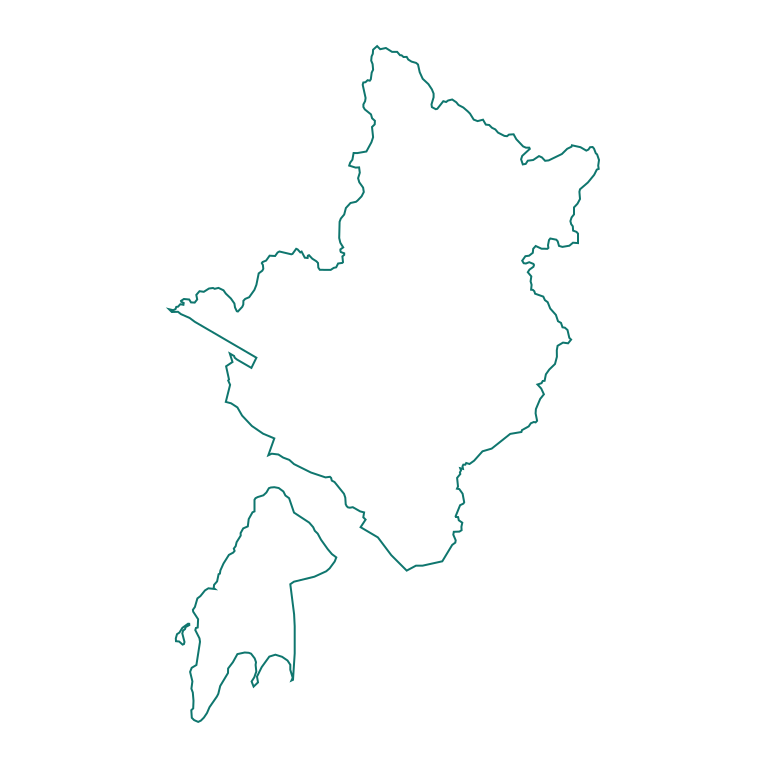 the district of Erakor, Shefa, Vanuatu
{"feature_id": "77236927B27814537301823", "entity_name": "Erakor", "entity_type": "district", "adm_level": 2, "iso_a3": "VUT", "parent_name": "Vanuatu", "parent_adm1": "Shefa", "projection": "robinson", "projection_center": [168.36, -17.71], "detail": "fine", "context": "isolated", "style": "outline", "palette": "teal", "viewbox_px": 768, "rotation_deg": 0, "n_neighbors": 0, "source": "geoboundaries", "source_scale": "gbopen_adm2", "svg_char_len": 6083}
<svg xmlns="http://www.w3.org/2000/svg" viewBox="0 0 768 768"><path d="M169.0,309.2L171.8,312.0L178.0,311.8L180.9,314.1L189.7,318.0L194.8,321.8L256.4,357.7L251.4,367.9L236.9,359.5L234.7,357.7L234.1,356.0L229.8,353.5L232.5,362.0L226.1,366.3L229.0,379.5L228.2,380.5L230.1,384.8L225.8,401.9L231.1,403.3L237.4,407.4L242.1,415.6L251.9,426.0L263.1,433.7L274.3,438.4L268.3,455.3L271.7,453.7L278.4,454.5L283.2,457.6L289.3,459.9L294.0,464.1L310.9,472.5L325.5,477.4L329.9,476.8L331.1,477.9L331.8,480.6L334.5,482.0L344.0,493.8L345.3,497.7L345.7,504.2L346.7,506.2L348.0,507.4L349.9,507.7L352.8,507.2L360.2,511.4L364.1,512.4L363.3,517.3L365.6,519.6L360.6,527.2L377.9,537.4L391.3,555.2L406.7,570.6L415.9,565.7L422.4,565.7L442.3,561.3L452.2,544.9L455.3,542.6L455.7,540.3L453.3,534.7L453.8,531.8L459.4,531.6L461.6,530.2L461.4,526.8L462.3,522.7L458.8,520.3L458.1,517.1L455.9,517.0L455.6,516.3L460.1,505.2L463.4,503.6L464.2,502.3L462.6,493.7L459.3,489.1L457.0,488.7L458.0,486.5L457.1,477.9L460.3,474.0L459.9,472.4L461.0,470.4L460.2,468.2L463.0,468.9L462.5,466.3L463.3,464.7L465.3,464.7L466.2,463.0L469.5,464.0L474.1,460.7L482.5,451.3L491.7,448.6L510.2,433.9L521.4,432.0L522.0,430.1L528.7,426.4L530.8,423.3L533.8,422.0L535.6,422.4L537.1,420.8L535.6,413.4L535.9,409.1L540.2,398.9L543.9,394.3L541.2,388.5L537.5,384.5L541.5,383.2L542.7,381.0L544.6,380.8L545.9,374.3L549.3,369.5L555.0,364.0L556.9,356.8L556.8,350.2L557.6,345.8L563.0,342.6L568.1,343.3L571.1,339.6L569.3,337.8L567.5,330.0L564.9,327.7L562.5,327.3L561.0,322.9L558.0,321.2L555.9,314.9L550.2,308.5L547.7,302.2L544.9,300.1L543.3,296.6L535.1,293.7L534.3,291.2L532.9,289.9L531.1,289.7L531.6,284.8L530.6,281.4L531.3,276.4L527.8,272.2L529.5,269.6L533.4,266.8L534.0,265.0L533.4,263.9L529.2,262.2L525.9,263.5L523.7,263.2L522.2,260.7L525.4,256.2L529.1,255.7L532.8,252.8L533.2,248.8L535.7,246.0L541.5,248.7L547.4,248.8L548.4,247.9L548.0,245.2L549.0,240.1L550.3,238.5L556.3,239.7L557.7,241.3L559.0,245.9L562.4,246.9L569.4,245.7L573.0,242.7L578.0,243.1L578.0,233.6L576.5,231.9L573.1,230.6L572.8,226.3L571.2,224.2L570.4,221.1L571.6,217.4L574.0,214.4L574.0,207.4L577.5,203.7L580.0,199.0L579.4,191.8L580.0,189.3L587.9,182.5L594.2,174.8L596.8,169.6L598.7,168.9L598.2,165.6L599.0,160.0L597.1,154.4L595.8,153.3L594.0,148.6L592.6,147.0L590.1,147.2L588.4,149.6L586.3,150.6L580.5,147.2L571.9,145.3L571.5,146.7L567.2,148.8L561.9,154.0L548.7,160.4L545.1,160.8L541.9,157.4L539.0,156.1L533.2,160.0L527.8,160.7L525.7,163.9L522.8,164.4L521.1,159.3L522.2,155.9L529.8,148.9L529.3,147.7L526.0,147.7L523.1,146.4L516.3,139.2L513.6,134.3L509.0,134.6L507.0,136.2L504.4,135.9L498.0,132.6L495.3,129.4L492.0,127.8L489.2,125.0L485.8,124.6L483.0,119.7L477.6,121.1L473.7,119.6L470.0,113.6L467.8,111.4L463.3,107.5L458.5,105.0L456.3,102.3L452.2,99.5L448.1,100.5L446.1,102.0L443.3,101.2L437.3,108.8L435.8,109.2L431.9,107.1L431.5,104.4L433.6,97.3L433.6,93.6L431.9,89.4L428.4,84.1L422.7,78.8L419.7,72.2L418.0,64.5L416.1,62.9L411.5,61.6L408.2,59.5L406.7,56.9L403.5,57.0L401.6,55.3L400.0,55.2L397.2,51.9L392.1,51.9L385.9,48.0L380.2,49.2L377.1,46.1L373.1,49.7L372.8,53.8L371.6,56.4L371.2,60.6L372.6,64.1L373.1,69.7L371.7,72.6L370.8,79.3L369.8,80.7L367.6,80.2L365.5,82.2L363.3,82.5L362.7,84.8L365.6,98.0L365.1,101.2L363.4,104.4L363.4,107.0L364.8,109.4L371.0,114.4L372.1,118.3L374.9,120.8L374.7,124.4L372.0,127.0L373.1,137.2L371.4,142.3L366.4,151.5L357.2,153.1L353.6,153.0L352.4,159.7L350.2,162.6L349.2,165.6L355.6,167.6L359.1,167.4L359.8,172.7L358.1,178.2L359.3,182.3L363.1,187.6L363.8,192.0L361.6,196.3L357.5,200.6L356.0,201.8L350.5,203.0L345.9,208.0L344.2,214.5L340.8,218.6L339.6,221.8L339.2,238.0L340.3,242.7L343.2,247.4L340.4,249.4L340.4,250.9L340.9,252.1L344.2,253.3L344.2,254.9L342.4,256.4L343.0,262.2L342.3,262.9L338.1,263.5L336.2,267.3L333.7,267.9L330.7,269.9L319.8,269.8L318.3,267.6L318.0,263.0L316.4,261.3L312.3,258.7L309.0,255.2L307.9,255.7L307.6,258.0L304.8,257.7L301.6,251.6L300.3,252.4L297.6,249.4L296.2,248.8L292.5,253.9L291.3,254.3L279.4,251.5L277.6,252.5L275.1,256.0L269.6,255.7L266.1,260.6L262.6,262.0L261.8,263.1L262.9,265.0L263.3,268.8L262.3,270.7L258.7,273.4L256.4,284.8L254.4,289.9L249.2,297.2L245.2,298.9L243.4,300.8L243.3,304.5L242.3,306.8L237.9,311.5L236.8,311.2L235.0,307.4L234.4,303.5L230.9,298.5L225.8,293.6L223.5,290.3L218.5,287.9L214.7,288.8L213.0,288.0L209.0,288.5L203.8,291.8L199.5,291.2L196.3,294.9L197.2,299.4L194.7,302.6L191.0,302.4L189.2,299.5L183.9,299.0L181.0,300.9L181.2,301.7L183.7,303.0L183.4,304.8L180.3,304.2L178.0,306.7L176.3,306.9L175.5,309.1L173.2,310.2L169.0,309.2ZM293.0,679.8L294.7,653.4L294.7,626.2L294.1,614.3L290.3,584.2L293.9,581.7L314.4,576.7L326.2,571.3L329.6,568.4L334.7,561.5L336.3,557.4L331.9,554.1L327.7,549.1L321.0,539.7L317.7,533.6L314.8,530.8L313.2,527.2L309.2,522.6L294.0,512.6L289.1,498.2L285.4,495.5L283.4,491.5L278.7,488.0L274.3,487.2L270.8,487.5L268.9,488.2L266.4,492.5L263.4,495.3L257.6,497.1L255.5,498.2L254.5,499.8L254.5,511.4L252.5,512.3L248.7,519.1L247.8,526.4L243.2,528.4L240.6,533.1L240.7,535.6L236.6,542.2L235.7,546.1L233.8,548.6L234.6,550.9L233.2,552.6L228.9,554.9L223.5,563.5L220.4,570.4L219.9,573.6L218.6,574.2L217.1,581.4L214.1,584.8L213.7,588.0L214.9,589.0L208.4,588.3L205.0,590.4L200.4,596.1L197.4,598.4L194.9,607.0L192.9,609.8L193.2,611.7L198.1,619.2L197.7,627.5L195.9,628.0L195.3,630.1L199.5,638.4L200.0,641.8L196.4,665.0L191.7,667.8L190.1,671.9L192.4,681.4L191.4,688.7L192.8,692.5L193.5,700.8L193.2,708.4L191.3,710.2L191.8,717.8L194.1,720.1L198.2,721.9L200.9,720.6L203.9,717.6L207.0,713.0L209.5,707.2L216.9,696.5L218.3,693.8L220.2,686.0L228.0,673.0L228.1,668.5L232.9,662.2L237.4,654.1L244.7,652.5L248.8,652.8L251.1,653.7L254.7,658.4L256.0,662.2L255.6,664.9L256.3,671.5L254.3,677.3L251.6,681.5L253.6,686.6L258.0,682.4L257.0,676.6L261.7,667.1L269.3,656.6L275.4,654.7L282.1,656.8L287.5,660.5L290.3,664.8L290.3,669.8L292.7,677.8L291.5,680.5L293.0,679.8ZM177.0,634.2L175.8,638.4L176.0,641.2L179.1,641.5L182.6,644.6L183.9,644.1L184.5,642.0L182.3,633.4L183.1,630.6L185.0,629.1L185.7,627.0L189.3,625.1L189.2,623.8L188.1,623.7L182.4,627.8L179.4,632.6L177.0,634.2Z" fill="none" stroke="#0f766e" stroke-width="2"/></svg>